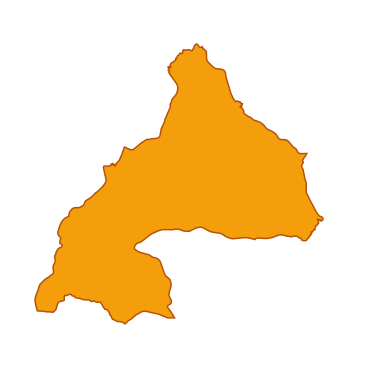 outline of Nong Sung, Mukdahan, Thailand, rotated 281°
{"feature_id": "78962969B14563868158116", "entity_name": "Nong Sung", "entity_type": "district", "adm_level": 2, "iso_a3": "THA", "parent_name": "Thailand", "parent_adm1": "Mukdahan", "projection": "albers", "projection_center": [104.359, 16.434], "detail": "fine", "context": "isolated", "style": "filled", "palette": "amber", "viewbox_px": 384, "rotation_deg": 281, "n_neighbors": 0, "source": "geoboundaries", "source_scale": "gbopen_adm2", "svg_char_len": 5975}
<svg xmlns="http://www.w3.org/2000/svg" viewBox="0 0 384 384"><g transform="rotate(281 192 192)"><path d="M45.9,62.7L45.9,64.2L46.4,67.6L46.7,72.6L47.2,75.2L47.3,78.0L47.8,78.9L49.7,80.3L51.2,81.0L56.2,81.4L58.6,82.2L60.0,84.7L60.8,86.6L61.5,87.2L61.8,87.2L65.5,86.4L66.1,86.7L66.1,88.0L68.1,91.3L68.3,92.0L68.3,93.0L67.3,94.1L67.2,96.4L66.1,97.4L66.0,100.6L66.2,102.6L65.6,105.0L65.8,106.9L65.8,108.2L66.5,111.7L65.4,113.4L65.3,114.2L65.5,114.9L66.5,116.6L66.0,117.4L65.6,119.9L65.8,121.0L66.3,121.9L66.4,122.8L66.0,123.5L65.3,124.0L64.4,125.2L62.2,126.7L61.8,127.4L60.4,128.7L60.1,131.3L59.8,132.0L58.5,132.7L58.1,133.8L55.9,134.6L55.2,135.8L52.0,138.1L50.7,143.8L51.0,146.6L51.0,149.1L50.0,150.4L49.9,151.1L50.0,151.8L50.2,152.0L53.0,153.6L56.5,157.3L61.0,160.8L62.7,163.1L64.7,165.2L65.9,167.8L66.1,170.2L65.8,177.4L65.8,182.0L63.8,192.1L65.1,198.9L69.6,194.9L73.8,190.4L74.7,189.8L75.2,189.7L76.2,190.2L77.9,192.2L79.3,192.8L80.4,192.7L81.8,192.2L85.9,189.2L86.5,188.9L89.1,188.8L93.9,189.3L95.9,189.3L97.5,189.1L98.7,188.7L100.0,188.1L101.6,187.2L102.5,186.0L104.5,182.6L105.5,181.4L106.5,180.6L117.2,174.4L118.4,173.4L119.7,171.6L120.3,169.6L120.5,165.6L122.2,161.7L122.8,152.5L123.5,149.9L124.6,147.4L125.1,146.7L125.6,146.2L126.5,145.9L128.8,146.4L131.3,147.8L132.7,150.7L133.7,151.9L137.8,155.5L138.9,156.3L143.8,160.9L144.9,162.8L147.2,165.9L148.6,168.4L149.5,170.4L151.2,179.8L152.3,182.8L152.7,184.4L152.8,186.0L152.6,188.2L152.1,191.8L152.9,196.9L156.6,201.7L157.6,203.2L158.5,205.0L159.0,206.7L159.2,208.8L158.7,210.8L157.1,215.6L156.5,218.8L156.5,221.2L156.9,227.8L156.4,229.7L154.7,233.8L153.8,238.7L153.9,241.1L157.4,252.9L157.7,257.1L157.4,263.0L158.2,263.2L159.4,265.2L160.4,273.4L161.3,276.2L162.6,279.4L166.5,285.8L166.9,287.6L167.2,290.0L167.0,290.6L166.9,292.7L166.8,294.4L167.1,295.3L166.9,297.7L167.3,299.0L167.9,299.7L168.3,300.5L168.3,302.2L168.6,303.2L167.3,306.6L167.2,307.6L166.9,308.1L165.9,308.7L165.7,309.3L165.5,310.7L165.7,312.2L166.4,313.5L167.3,314.1L168.7,314.4L169.0,315.2L169.4,315.4L170.0,315.3L170.4,315.6L171.4,315.9L171.7,316.5L172.1,316.5L172.4,316.8L173.2,317.0L173.5,316.8L173.7,317.2L174.2,317.1L174.8,317.4L175.0,316.8L175.4,316.6L175.9,317.2L175.9,317.6L176.6,318.2L177.0,318.4L177.9,318.6L177.9,319.1L178.1,319.5L178.6,319.7L178.9,319.5L179.9,319.8L181.4,319.7L181.8,320.1L182.9,320.2L183.4,321.2L184.2,321.2L185.1,322.1L185.4,322.0L185.6,322.2L186.9,321.9L187.2,321.6L187.9,321.8L188.3,321.5L188.3,321.1L188.5,320.7L189.1,320.5L188.8,321.8L189.2,322.4L189.2,322.8L188.8,323.4L188.3,323.7L188.1,324.2L188.7,325.0L189.2,325.2L189.4,325.7L191.8,325.3L193.0,321.2L193.6,320.4L196.0,317.9L205.4,310.3L213.2,304.3L222.8,302.3L227.3,300.0L232.7,297.7L235.1,296.9L237.4,295.0L238.2,294.6L239.3,294.6L242.3,295.6L242.8,295.4L243.3,294.7L243.9,294.5L246.1,295.1L249.7,296.7L251.7,297.3L250.4,291.4L250.5,289.4L250.8,288.7L254.1,285.9L255.6,282.5L259.1,278.3L260.4,276.4L260.9,275.1L261.1,273.6L260.5,269.2L260.7,267.4L262.2,265.7L263.9,264.3L265.5,262.2L267.0,258.5L267.7,254.9L268.3,253.7L268.8,252.7L271.5,249.5L273.0,246.7L273.8,243.7L274.5,238.5L276.3,235.5L277.0,232.6L278.7,228.7L280.1,227.4L281.4,227.4L282.3,226.6L282.7,226.0L283.9,225.4L284.5,224.2L284.6,223.9L284.4,223.4L284.7,222.9L285.1,223.0L285.8,223.5L286.0,224.5L286.6,224.5L287.3,224.1L287.9,224.7L288.3,224.7L288.4,223.8L288.2,223.0L288.6,222.6L289.4,222.4L289.7,221.7L289.5,220.6L290.0,219.0L289.2,218.2L289.3,217.3L290.7,215.6L291.8,214.5L295.3,212.0L297.5,210.6L311.7,203.3L315.1,202.2L316.2,201.5L317.7,200.0L317.9,198.9L318.1,196.3L317.7,192.8L317.8,191.0L318.1,190.1L318.5,189.3L321.5,184.7L323.4,182.0L324.9,181.1L332.9,179.2L333.6,177.7L334.5,176.7L334.6,175.5L336.3,174.6L336.7,174.3L335.7,173.5L335.6,172.1L336.0,171.2L337.4,170.0L337.8,169.5L338.1,168.5L338.1,167.9L337.6,167.4L335.8,166.5L332.8,165.9L330.5,164.8L331.0,162.7L330.9,161.6L331.0,161.0L329.9,159.0L330.2,157.6L329.7,156.2L329.2,156.0L328.1,156.5L327.7,156.4L327.1,155.9L326.1,156.0L325.9,155.6L326.0,154.0L325.7,153.4L324.8,153.1L323.8,152.9L323.1,152.0L322.4,151.6L320.4,151.4L320.0,150.5L319.6,150.5L318.9,150.9L317.7,150.4L316.3,148.7L315.5,148.4L315.0,147.5L313.8,146.6L312.3,146.6L311.9,146.2L311.4,146.2L310.6,147.3L309.9,147.3L309.7,146.7L310.4,145.1L310.4,144.8L310.1,144.6L309.7,144.7L309.5,145.4L309.0,145.6L308.4,145.6L307.5,145.3L307.1,145.4L307.0,146.1L306.6,146.8L305.9,146.8L305.3,146.3L305.0,146.4L302.4,148.7L296.5,155.1L294.3,157.0L292.8,157.8L290.7,158.4L286.3,158.3L283.1,157.0L279.6,155.0L278.7,154.7L276.1,154.5L274.7,154.0L273.3,153.9L271.6,154.5L270.6,154.4L263.9,152.9L260.6,152.3L258.3,151.6L256.1,151.7L254.9,151.5L248.5,149.8L240.8,149.8L238.8,148.6L238.0,147.4L236.5,142.0L235.4,140.1L235.2,138.3L234.8,137.4L230.8,133.1L223.2,126.9L222.3,125.9L221.8,123.7L221.9,122.8L223.3,117.1L214.8,115.8L210.6,114.9L208.1,114.0L205.9,112.3L204.9,112.4L204.3,111.7L203.2,111.7L203.2,111.4L204.3,110.5L204.1,110.3L203.5,110.2L204.0,109.3L203.5,108.5L203.9,108.5L204.7,108.8L204.9,108.4L204.6,108.2L203.9,108.1L203.9,107.3L202.8,107.3L202.4,107.1L201.6,105.9L201.5,104.8L201.0,104.0L201.1,102.4L200.8,101.9L200.6,100.8L200.3,100.4L198.9,100.5L193.8,102.6L188.2,105.2L186.5,105.5L184.8,105.3L180.6,103.5L174.4,99.2L172.3,97.1L169.1,95.3L166.3,92.8L163.1,89.3L161.4,88.7L159.5,88.5L158.3,88.0L155.6,85.0L155.1,84.1L154.4,80.8L154.0,79.5L153.7,78.8L152.7,77.7L150.9,76.5L149.6,75.9L148.3,75.6L146.2,75.4L144.7,75.6L142.8,73.3L141.0,71.4L137.4,69.6L134.0,68.8L128.0,68.0L125.9,68.1L125.3,68.3L123.4,69.9L122.6,71.3L121.9,71.7L121.2,71.9L118.2,71.7L116.9,71.9L116.3,72.2L115.5,74.2L115.1,74.6L114.4,74.8L113.9,74.8L113.3,74.6L113.0,74.3L111.4,72.0L110.6,71.5L108.0,70.4L106.6,70.1L105.2,70.1L103.1,69.4L102.5,69.4L99.9,70.3L98.8,71.1L98.2,71.2L93.2,69.9L90.9,70.1L87.3,71.3L85.7,71.3L84.5,70.6L83.4,69.3L81.2,67.6L78.7,64.9L77.2,63.7L73.1,60.9L71.8,60.3L70.2,59.9L67.4,59.7L59.5,58.4L57.6,58.3L54.3,58.9L45.9,62.7Z" fill="#f59e0b" stroke="#b45309" stroke-width="1.5"/></g></svg>